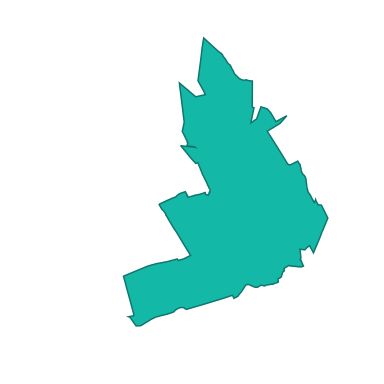 Santa Cruz Xoxocotlán, Oaxaca, Mexico, rotated 57°
{"feature_id": "50627088B97007763045384", "entity_name": "Santa Cruz Xoxocotlán", "entity_type": "district", "adm_level": 2, "iso_a3": "MEX", "parent_name": "Mexico", "parent_adm1": "Oaxaca", "projection": "albers", "projection_center": [-96.747, 17.01], "detail": "fine", "context": "isolated", "style": "filled", "palette": "teal", "viewbox_px": 384, "rotation_deg": 57, "n_neighbors": 0, "source": "geoboundaries", "source_scale": "gbopen_adm2", "svg_char_len": 5364}
<svg xmlns="http://www.w3.org/2000/svg" viewBox="0 0 384 384"><g transform="rotate(57 192 192)"><path d="M185.0,221.6L184.4,225.8L184.7,226.4L188.4,226.6L189.9,226.7L192.4,226.1L192.7,226.1L196.2,226.0L197.1,226.5L198.0,226.5L198.2,226.4L200.5,226.5L203.2,226.7L204.0,226.7L208.2,226.9L214.3,227.0L217.8,226.9L219.9,227.0L226.0,227.2L234.1,227.5L239.1,227.6L239.7,227.6L244.4,227.8L244.1,230.5L243.9,232.4L243.8,233.3L243.7,234.2L243.6,235.3L243.5,235.7L243.3,236.2L243.2,236.8L243.1,237.1L242.8,237.8L242.6,238.6L241.8,240.9L241.4,240.9L240.2,240.8L240.0,241.1L239.6,242.5L239.1,244.1L238.9,244.6L238.8,245.1L238.6,245.5L238.1,247.0L237.7,248.4L237.5,249.1L237.2,249.7L236.9,250.7L236.7,251.4L236.0,252.9L235.4,254.4L234.9,255.8L234.6,256.4L234.4,257.0L233.8,258.3L233.2,259.7L233.0,260.2L232.8,260.6L232.7,261.0L232.4,261.9L232.2,262.4L231.9,263.6L231.5,264.9L231.0,266.1L230.7,267.4L230.5,268.0L230.1,269.3L230.0,269.7L225.3,295.3L262.8,307.4L264.0,308.4L262.8,311.2L262.1,313.1L263.3,312.2L264.3,312.2L265.8,312.1L270.3,312.0L270.5,312.0L273.9,311.8L276.2,307.8L276.3,306.9L276.5,295.6L277.1,290.8L278.7,285.6L280.9,279.5L282.6,273.0L282.0,269.8L282.1,267.0L282.7,264.4L284.4,262.0L287.2,260.9L287.5,260.2L294.1,238.0L298.3,223.4L299.6,218.3L300.6,214.4L301.1,214.4L303.6,214.6L304.1,214.7L304.0,213.8L304.1,213.2L304.3,212.4L304.4,210.7L304.2,209.6L303.6,208.4L303.3,207.7L303.1,206.5L302.8,205.4L300.3,199.7L300.0,199.2L299.6,198.2L299.4,197.3L299.7,196.1L300.6,194.8L300.9,194.4L301.5,194.0L302.3,193.7L305.7,191.4L306.6,190.5L307.0,189.8L307.5,189.0L307.6,188.5L307.6,187.8L307.6,187.1L307.6,185.6L307.9,184.7L308.4,184.2L309.3,183.3L310.5,182.0L310.5,181.3L310.5,180.6L310.6,179.9L311.3,178.9L311.5,178.2L311.7,177.8L312.0,177.3L312.2,176.9L312.2,176.4L312.6,175.6L313.1,174.9L313.5,174.1L313.6,172.7L313.8,172.0L314.3,170.3L314.4,169.6L314.5,168.8L314.5,168.6L314.4,168.5L313.7,168.1L313.1,167.8L312.6,167.6L312.2,167.3L311.7,167.0L312.0,165.2L311.9,164.5L311.9,163.6L311.7,163.1L311.4,162.9L310.3,161.5L309.3,160.4L308.4,159.4L308.6,158.8L308.6,158.1L308.3,157.7L308.1,157.4L307.7,157.2L307.2,156.8L306.5,156.7L306.2,155.7L306.4,152.0L306.4,150.6L307.0,150.2L307.7,149.7L311.0,145.5L311.8,144.5L312.8,143.4L312.9,143.2L314.5,140.8L314.6,139.7L314.8,138.9L312.4,138.5L310.2,138.1L308.6,137.8L308.3,137.9L308.1,137.9L308.0,138.1L307.7,138.2L307.5,137.5L306.8,136.9L306.5,136.5L298.8,132.6L299.4,131.9L301.9,129.0L301.9,128.8L301.6,127.3L301.5,126.8L301.2,126.3L301.1,122.6L309.2,123.3L305.9,118.4L301.8,112.4L299.8,109.5L298.3,107.4L297.7,106.6L296.5,105.0L295.6,103.6L295.3,103.1L293.8,100.9L292.9,99.7L290.7,96.4L287.9,92.3L285.8,92.0L284.6,91.9L282.5,91.7L282.4,91.7L281.4,91.5L280.3,91.4L279.2,91.3L278.1,91.2L277.9,91.1L275.8,90.9L275.7,90.9L273.5,90.6L273.3,90.8L272.4,92.0L271.2,93.3L270.1,93.0L269.3,93.0L267.7,93.0L265.7,92.5L266.5,93.4L266.9,94.1L267.2,94.7L267.4,95.3L266.3,95.2L265.0,95.0L263.6,95.0L262.2,94.8L261.5,94.8L260.4,94.6L259.5,94.5L258.4,94.5L256.8,94.6L256.1,94.6L255.4,94.5L254.8,94.7L254.3,94.3L253.9,94.2L252.8,93.7L252.4,93.6L251.8,93.4L251.4,93.4L250.6,93.1L248.5,92.0L243.9,89.8L243.2,89.4L242.7,89.2L241.8,89.1L241.1,88.9L240.6,88.8L239.7,88.8L238.7,88.9L238.3,89.2L236.7,89.3L235.0,89.1L234.0,88.9L233.3,88.7L232.0,88.1L231.7,87.8L231.4,87.7L230.9,87.6L229.9,87.4L229.0,87.0L228.2,86.5L227.8,86.5L227.2,86.4L226.5,86.5L225.9,86.7L225.5,86.6L224.8,86.5L224.0,86.5L223.7,86.5L222.8,94.9L221.0,96.5L201.2,96.0L182.0,95.8L182.4,80.7L179.7,70.9L178.7,83.3L168.6,82.8L163.3,83.6L158.1,87.8L165.9,98.0L166.1,105.0L155.1,94.1L153.7,95.3L131.8,80.9L130.2,83.0L129.0,84.2L127.3,85.5L127.2,86.5L126.5,87.5L126.0,88.2L125.0,89.1L124.1,89.7L122.6,90.5L120.7,91.0L119.3,91.2L116.7,91.9L115.0,91.9L113.3,91.5L111.6,91.4L110.2,91.4L108.0,91.0L106.2,90.9L104.1,91.7L102.3,91.7L100.5,91.7L98.7,91.6L96.8,91.8L95.0,92.0L94.0,91.7L91.9,91.9L91.0,92.3L88.1,93.4L69.2,98.3L71.0,99.9L71.6,100.5L74.3,102.9L75.1,103.6L75.5,104.0L76.6,105.0L77.1,105.4L77.2,105.5L78.5,106.6L80.4,108.1L81.1,108.7L83.8,110.9L84.7,111.7L84.8,111.8L86.3,113.0L87.9,114.4L89.3,115.6L92.0,117.9L98.9,123.8L102.0,126.4L108.7,126.9L114.1,127.3L117.6,127.8L114.2,137.0L93.7,143.2L129.2,160.5L131.7,163.0L135.8,167.1L147.4,168.5L147.9,169.0L148.4,168.7L149.1,169.3L149.8,170.2L150.6,171.1L153.1,168.1L153.3,167.8L153.5,167.6L153.6,167.4L153.8,167.2L154.0,167.0L154.2,166.7L154.3,166.6L154.5,166.3L154.7,166.1L154.9,165.9L155.0,165.7L155.5,165.3L155.8,165.2L156.1,165.0L156.4,164.9L154.7,166.8L151.0,171.4L148.0,175.1L147.8,175.3L147.3,176.0L147.5,176.2L148.1,176.2L150.5,175.8L152.9,175.6L154.0,175.4L159.1,174.9L162.4,174.5L165.6,174.1L165.9,174.0L167.0,173.8L170.2,173.2L170.5,171.1L181.2,173.2L183.1,173.6L183.7,173.6L190.5,174.4L190.8,174.4L192.7,174.7L195.3,175.2L195.9,175.1L196.9,175.3L198.4,175.6L198.8,175.6L200.0,175.7L200.4,175.9L200.8,176.1L201.2,176.9L201.6,177.7L202.1,177.4L202.7,178.8L203.3,180.1L203.5,180.3L202.7,180.8L201.3,182.0L199.7,181.2L199.6,181.5L199.4,181.9L199.0,183.6L197.9,187.5L196.2,191.5L196.2,191.9L194.9,196.3L194.5,197.7L194.3,198.3L192.3,198.1L192.4,197.7L191.4,197.7L190.2,197.6L189.2,197.5L188.1,197.4L186.8,202.5L186.9,202.9L186.8,203.0L186.6,205.0L186.7,205.5L187.1,207.7L187.1,209.2L186.7,211.1L186.6,211.3L186.3,212.5L186.2,213.7L186.0,214.8L185.5,217.7L185.0,221.6Z" fill="#14b8a6" stroke="#0f766e" stroke-width="1.5"/></g></svg>